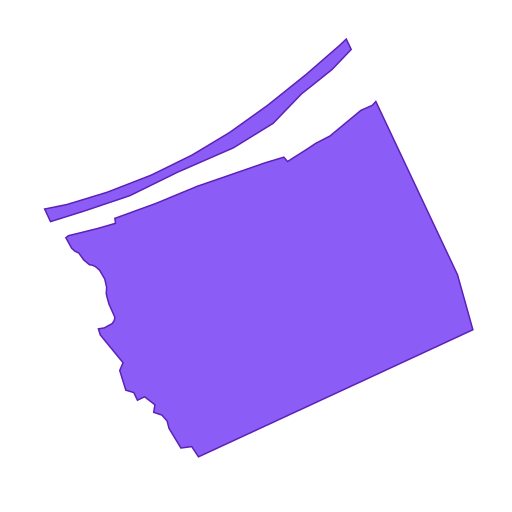 the district of Kenedy, Texas, United States of America, rotated 245°
{"feature_id": "52423323B29588841600752", "entity_name": "Kenedy", "entity_type": "district", "adm_level": 2, "iso_a3": "USA", "parent_name": "United States of America", "parent_adm1": "Texas", "projection": "orthographic", "projection_center": [-97.553, 26.941], "detail": "fine", "context": "isolated", "style": "filled", "palette": "violet", "viewbox_px": 512, "rotation_deg": 245, "n_neighbors": 0, "source": "geoboundaries", "source_scale": "gbopen_adm2", "svg_char_len": 1050}
<svg xmlns="http://www.w3.org/2000/svg" viewBox="0 0 512 512"><g transform="rotate(245 256 256)"><path d="M345.4,429.9L343.4,425.0L343.7,412.7L333.5,373.7L332.9,358.0L331.5,348.9L328.3,324.5L333.8,323.0L336.6,303.8L339.9,271.6L344.0,232.5L346.0,187.0L349.8,144.0L345.0,142.5L348.1,122.9L353.7,94.6L352.9,91.4L341.0,92.2L337.3,93.7L333.4,96.7L325.2,98.2L318.4,101.4L317.0,103.7L314.1,106.1L309.4,108.2L299.1,109.2L290.8,107.4L285.0,104.3L281.1,103.5L274.4,102.4L260.1,102.2L257.3,100.1L255.5,97.0L255.0,87.9L256.6,82.4L250.3,81.5L215.5,90.4L209.8,84.1L189.4,81.3L183.9,87.5L175.4,87.6L175.5,95.5L163.9,101.5L157.5,97.2L151.7,103.4L144.1,105.7L136.5,104.3L113.7,106.8L110.4,117.2L98.3,119.0L97.7,337.3L97.5,421.4L110.2,423.5L153.8,430.7L345.4,429.9ZM414.5,429.5L411.5,420.6L399.3,377.9L387.6,329.9L379.1,284.2L374.5,240.4L373.6,195.3L376.7,148.0L382.6,106.3L387.9,84.3L374.0,84.3L369.2,120.7L364.0,167.3L365.1,220.7L363.6,281.2L369.0,327.6L383.7,365.8L392.9,403.8L403.0,429.6L414.5,429.5Z" fill="#8b5cf6" stroke="#5b21b6" stroke-width="1.5"/></g></svg>